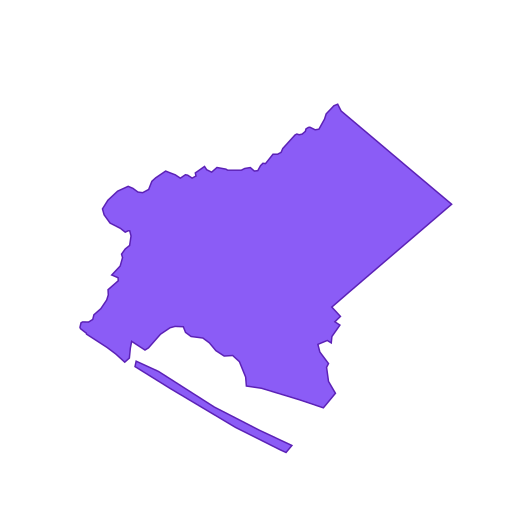 the district of Cameron, Texas, United States of America, rotated 130°
{"feature_id": "52423323B19813922549461", "entity_name": "Cameron", "entity_type": "district", "adm_level": 2, "iso_a3": "USA", "parent_name": "United States of America", "parent_adm1": "Texas", "projection": "orthographic", "projection_center": [-97.444, 26.124], "detail": "fine", "context": "isolated", "style": "filled", "palette": "violet", "viewbox_px": 512, "rotation_deg": 130, "n_neighbors": 0, "source": "geoboundaries", "source_scale": "gbopen_adm2", "svg_char_len": 1784}
<svg xmlns="http://www.w3.org/2000/svg" viewBox="0 0 512 512"><g transform="rotate(130 256 256)"><path d="M90.6,139.4L90.5,200.8L90.3,252.9L90.3,257.9L90.2,284.0L87.2,291.0L90.8,292.9L102.0,293.6L107.1,291.5L118.4,289.3L121.3,291.8L122.7,297.5L123.8,298.5L126.5,299.4L128.8,298.3L133.0,299.0L135.4,300.9L136.3,303.1L138.2,303.9L156.4,304.6L160.5,303.4L164.2,304.9L167.1,308.4L179.1,308.1L180.5,310.3L183.8,310.6L189.5,309.5L192.0,311.9L191.9,317.2L196.2,320.9L199.7,322.4L208.5,332.9L208.8,334.9L213.3,342.8L220.3,343.9L221.6,349.2L220.5,353.0L231.4,355.9L233.3,353.4L237.4,355.0L238.0,360.3L239.1,362.3L245.0,364.0L245.7,370.0L247.7,375.8L249.0,379.8L260.6,383.1L265.7,383.8L274.0,381.0L280.3,383.5L282.9,387.5L283.3,393.8L284.8,398.7L295.3,403.7L308.5,405.3L318.6,403.9L322.1,398.8L324.6,388.9L322.0,377.7L321.8,371.5L318.8,370.1L317.9,368.9L321.0,364.6L329.1,359.6L334.7,360.7L341.0,360.2L343.0,357.2L351.0,353.6L363.3,354.3L361.3,347.7L363.5,345.6L376.9,347.7L380.8,344.1L385.7,342.1L396.1,341.0L405.2,342.4L409.5,340.3L414.2,341.8L418.0,346.5L419.7,347.1L423.8,345.0L424.5,343.7L424.2,336.3L424.8,335.6L421.8,311.4L421.2,300.4L421.7,288.3L415.6,287.4L407.4,293.0L401.3,296.4L399.4,280.6L395.5,279.3L377.3,278.9L366.2,275.7L362.0,272.8L356.9,266.2L359.8,260.9L359.4,254.0L353.0,244.0L352.5,235.8L354.3,225.9L353.1,216.1L347.2,209.9L347.6,200.8L355.4,186.1L361.8,179.8L353.8,166.8L338.3,130.5L329.0,106.8L310.1,106.9L305.5,119.8L295.9,130.4L291.8,131.3L288.5,145.4L283.9,151.8L274.9,147.1L274.2,142.5L268.9,146.1L255.0,147.3L255.7,153.3L248.0,152.5L246.4,165.1L223.9,161.5L90.6,139.4ZM378.1,106.7L387.3,141.5L398.5,190.8L407.1,256.5L413.6,280.2L418.5,277.6L412.6,236.3L400.5,161.6L388.9,112.8L387.2,106.7L378.1,106.7Z" fill="#8b5cf6" stroke="#5b21b6" stroke-width="1.5"/></g></svg>